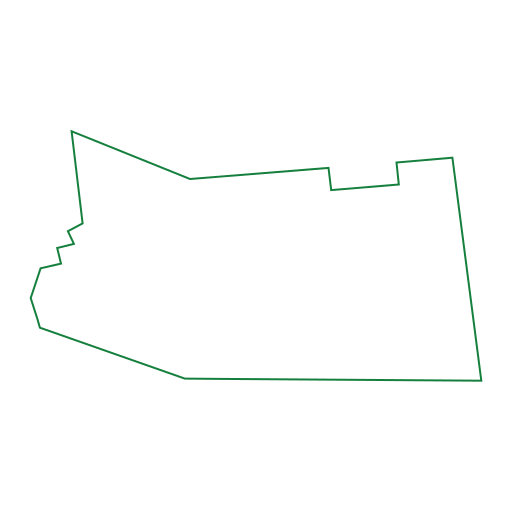 Fulton, New York, United States of America
{"feature_id": "52423323B72706838172398", "entity_name": "Fulton", "entity_type": "district", "adm_level": 2, "iso_a3": "USA", "parent_name": "United States of America", "parent_adm1": "New York", "projection": "robinson", "projection_center": [-74.528, 43.135], "detail": "fine", "context": "isolated", "style": "outline", "palette": "green", "viewbox_px": 512, "rotation_deg": 0, "n_neighbors": 0, "source": "geoboundaries", "source_scale": "gbopen_adm2", "svg_char_len": 368}
<svg xmlns="http://www.w3.org/2000/svg" viewBox="0 0 512 512"><path d="M71.6,131.3L82.6,223.4L67.9,231.2L73.9,243.9L57.2,248.0L61.0,263.6L40.6,268.3L30.7,298.1L37.4,319.0L39.9,327.7L184.8,378.6L220.5,378.9L481.3,380.7L463.1,240.1L452.4,157.7L396.5,162.5L398.8,184.5L331.2,190.1L328.5,167.9L190.0,179.0L71.6,131.3Z" fill="none" stroke="#15803d" stroke-width="2"/></svg>